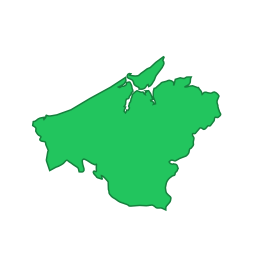 the border of Southern, rotated 127°
{"feature_id": "SLE-760", "entity_name": "Southern", "entity_type": "Province", "adm_level": 1, "iso_a3": "SLE", "parent_name": "Sierra Leone", "parent_adm1": "", "projection": "robinson", "projection_center": [-12.13, 7.714], "detail": "fine", "context": "isolated", "style": "filled", "palette": "green", "viewbox_px": 256, "rotation_deg": 127, "n_neighbors": 0, "source": "natural_earth", "source_scale": "10m", "svg_char_len": 5694}
<svg xmlns="http://www.w3.org/2000/svg" viewBox="0 0 256 256"><g transform="rotate(127 128 128)"><path d="M209.1,164.9L203.4,173.2L202.6,174.0L195.4,177.7L193.9,178.1L190.8,183.5L189.2,185.2L189.0,185.5L189.2,186.6L190.4,188.9L190.7,190.1L190.6,191.0L190.1,191.6L189.4,191.8L187.5,192.1L187.2,192.7L187.5,194.8L187.4,196.2L186.8,198.1L186.0,199.8L183.6,201.3L183.2,203.0L183.4,205.6L182.7,206.0L179.9,207.5L178.4,206.2L174.8,205.2L173.0,204.2L171.4,202.8L170.0,201.5L170.8,201.4L171.2,201.2L171.5,200.8L171.8,200.2L169.4,200.1L168.3,200.3L167.6,200.9L167.0,200.9L166.2,198.6L165.0,197.1L160.3,192.7L147.8,184.5L127.2,176.1L106.0,166.5L89.1,160.4L91.7,157.9L95.0,157.7L98.3,158.9L101.1,160.4L101.0,159.5L100.6,158.9L99.9,158.5L99.0,158.4L98.4,158.1L97.6,156.9L96.9,156.3L95.3,155.6L94.3,155.5L92.8,156.4L92.0,156.0L91.3,155.3L90.6,154.9L90.3,154.0L91.1,152.2L92.2,150.3L93.9,148.6L94.8,147.1L96.0,146.0L97.5,146.6L98.5,146.1L99.5,145.9L101.7,145.9L102.2,145.8L103.3,145.4L103.8,145.3L104.5,145.5L105.6,146.4L106.0,146.6L107.7,146.1L109.2,145.0L110.9,144.1L113.2,144.0L113.1,143.7L112.9,142.9L112.7,142.6L114.3,142.0L115.9,141.8L117.1,141.1L117.5,139.1L116.8,139.1L116.3,139.3L115.7,139.3L115.1,139.4L114.5,139.8L114.0,138.9L113.8,138.5L113.0,138.7L112.0,138.7L111.1,138.9L110.8,139.5L110.5,140.3L110.0,140.7L108.4,141.2L107.4,141.8L105.7,141.8L104.8,142.1L103.0,143.0L101.1,143.5L99.2,144.3L98.1,144.6L97.6,144.6L95.8,144.1L94.8,144.0L92.8,143.2L92.2,141.3L91.7,139.2L90.3,137.7L90.3,137.1L90.7,136.7L90.9,136.1L91.0,135.3L90.9,134.3L90.3,135.0L89.6,135.5L89.0,135.5L88.5,135.0L87.9,135.0L87.9,136.4L85.8,134.0L86.9,130.7L90.3,125.4L91.7,126.2L92.2,126.7L92.7,126.1L92.2,124.8L92.1,123.4L92.6,122.3L93.9,122.0L92.1,120.6L90.5,122.2L87.9,126.7L83.5,129.8L80.7,131.0L79.4,129.9L78.7,129.9L73.0,128.7L72.5,128.7L71.9,128.6L71.0,128.2L67.5,125.4L66.2,124.7L65.1,123.8L64.3,122.0L64.0,120.1L64.3,118.9L65.2,118.0L66.7,117.2L65.2,117.5L60.7,119.5L56.5,116.5L55.3,113.9L54.5,112.8L53.2,112.3L52.2,111.9L51.1,110.7L49.2,108.2L50.9,107.8L53.9,105.9L55.6,105.5L57.0,105.7L58.4,106.2L61.3,107.6L59.6,105.6L57.3,103.8L55.4,101.8L53.9,96.9L53.8,96.6L53.4,96.3L53.5,95.5L54.1,94.2L54.3,92.8L54.8,91.4L55.6,90.1L56.5,89.0L53.7,88.6L52.5,87.3L51.8,85.4L50.5,82.9L49.5,82.1L48.3,81.6L47.3,80.7L46.9,79.1L46.9,77.7L47.1,76.4L47.5,75.1L47.7,74.7L47.9,74.5L52.2,73.4L53.2,72.9L54.4,71.9L55.8,69.9L56.9,69.0L58.3,67.2L59.3,65.6L59.9,64.9L60.3,64.0L60.7,63.1L60.9,62.7L61.2,62.3L61.8,62.0L62.6,61.9L64.3,62.2L65.1,62.4L65.7,62.7L66.0,63.1L66.2,63.5L66.4,64.0L66.6,64.4L66.9,64.8L67.4,64.9L68.0,64.8L69.9,63.8L70.6,63.6L75.9,63.6L76.4,63.6L76.9,63.8L77.2,64.1L77.5,64.5L77.7,65.0L78.1,65.4L78.9,65.6L80.5,65.6L82.1,65.8L82.9,66.2L83.3,66.5L83.6,66.9L83.7,67.4L83.7,68.6L83.8,69.2L84.0,69.7L84.2,70.1L84.5,70.4L85.1,70.6L91.8,71.0L92.2,71.3L92.6,71.6L92.8,72.0L93.0,72.5L93.3,72.8L93.8,72.9L94.7,72.4L95.1,71.9L95.4,71.3L95.9,69.9L96.2,69.5L96.5,69.2L96.9,68.9L99.6,67.6L100.4,67.0L100.9,66.6L101.6,65.9L102.2,65.6L103.0,65.4L105.5,65.4L106.2,65.5L106.6,65.7L107.0,66.0L107.5,66.0L108.3,65.9L110.8,64.7L111.4,64.5L112.2,64.4L113.5,64.4L115.2,64.7L115.8,65.0L121.2,68.4L125.6,70.3L125.9,70.6L126.2,71.0L126.7,72.5L126.9,73.0L127.4,73.8L127.7,74.1L128.1,74.4L128.6,74.5L129.1,74.6L129.9,74.8L130.3,74.8L130.6,74.2L130.8,73.1L130.8,72.6L130.7,72.1L130.4,71.1L130.2,70.7L129.8,70.5L129.4,70.3L129.2,69.9L128.3,68.1L128.2,67.6L128.2,67.1L128.3,66.6L128.5,66.1L130.0,63.8L130.3,63.5L130.7,63.5L131.3,63.5L132.1,63.1L133.5,63.0L134.7,63.3L135.2,63.3L135.8,63.1L136.7,62.6L137.3,62.4L138.0,62.6L139.5,63.7L142.9,64.7L145.1,64.9L147.4,64.7L149.0,64.2L153.2,62.2L153.7,61.7L155.8,59.6L156.4,58.7L156.8,57.9L157.2,55.7L157.4,53.2L157.5,52.6L157.7,52.2L157.9,51.8L158.4,51.4L160.4,50.4L161.4,50.1L162.4,50.0L167.4,50.3L168.7,50.0L170.7,48.5L171.6,52.7L172.3,54.1L173.0,54.8L174.3,56.5L174.6,57.3L174.7,58.0L174.6,59.6L174.7,61.2L174.9,62.0L175.2,62.6L177.1,64.6L177.5,64.9L179.0,66.5L182.7,72.0L188.7,78.8L189.3,79.7L189.6,80.4L189.6,80.9L189.5,81.3L189.5,81.7L189.6,82.3L189.7,82.8L191.9,89.6L192.2,91.6L192.3,95.4L192.6,98.1L192.6,99.2L192.5,100.3L192.0,102.4L191.7,103.3L191.4,103.8L191.2,104.1L190.8,104.4L190.1,105.0L189.1,106.3L188.8,106.7L183.1,111.3L182.9,111.7L182.7,112.2L181.8,116.8L181.7,119.2L181.8,120.1L182.0,120.6L182.5,120.2L183.8,118.3L184.1,118.0L184.3,117.9L184.5,118.1L186.0,122.3L186.1,123.1L186.0,123.7L185.8,124.1L185.7,124.6L185.3,126.9L185.0,127.9L184.5,128.7L184.2,129.1L183.8,129.3L183.4,129.4L183.0,129.3L182.7,129.0L182.4,128.0L182.2,127.5L181.9,127.2L181.6,127.2L181.3,127.4L178.4,129.7L176.0,131.3L176.0,131.5L176.3,131.7L177.2,132.2L177.6,133.5L178.1,135.8L178.5,141.2L178.9,143.3L179.3,144.6L179.7,144.7L180.1,145.0L180.6,145.1L181.0,145.1L181.5,144.9L181.9,144.7L182.2,144.4L184.2,142.4L187.0,138.7L187.7,138.1L188.5,137.6L189.0,137.6L189.5,137.6L190.0,137.7L190.4,138.0L190.7,138.2L191.0,138.6L192.4,140.6L192.2,140.9L190.2,143.3L190.0,144.1L189.9,145.1L190.2,149.6L190.2,150.3L190.2,152.4L190.4,154.7L190.3,157.0L190.5,157.4L190.8,157.7L191.8,158.0L192.8,158.1L194.0,158.2L195.1,158.3L197.4,159.1L200.4,160.5L202.7,162.0L209.1,164.9L209.1,164.9ZM90.3,142.6L89.3,143.3L89.2,144.4L89.7,147.4L89.5,149.2L88.9,150.2L88.1,151.2L87.3,152.8L87.2,154.4L88.0,157.7L87.9,159.0L86.8,160.1L85.3,160.4L83.8,159.8L83.0,158.4L84.8,158.4L83.6,155.9L82.1,153.4L80.3,151.5L78.5,150.8L77.2,150.7L69.2,148.3L66.3,146.6L58.9,145.3L49.8,142.6L49.8,141.8L53.1,140.9L53.5,139.6L54.6,138.3L55.9,137.7L59.3,137.1L68.9,137.1L70.3,136.9L73.7,135.9L78.9,135.4L80.8,135.6L82.5,136.4L81.2,138.1L82.1,138.6L85.5,138.5L87.0,139.0L88.3,139.9L89.3,141.1L90.3,142.6Z" fill="#22c55e" stroke="#15803d" stroke-width="1.5"/></g></svg>